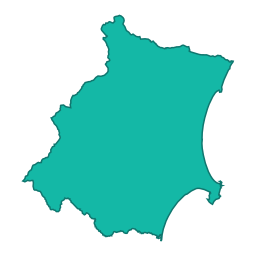 Bang Saphan, Prachuap Khiri Khan, Thailand
{"feature_id": "78962969B53971782347722", "entity_name": "Bang Saphan", "entity_type": "district", "adm_level": 2, "iso_a3": "THA", "parent_name": "Thailand", "parent_adm1": "Prachuap Khiri Khan", "projection": "albers", "projection_center": [99.443, 11.301], "detail": "fine", "context": "isolated", "style": "filled", "palette": "teal", "viewbox_px": 256, "rotation_deg": 0, "n_neighbors": 0, "source": "geoboundaries", "source_scale": "gbopen_adm2", "svg_char_len": 5785}
<svg xmlns="http://www.w3.org/2000/svg" viewBox="0 0 256 256"><path d="M233.2,61.2L231.1,60.9L230.7,62.0L229.8,62.0L228.9,61.5L228.7,60.6L227.8,60.4L227.4,59.9L226.2,59.9L225.1,59.4L223.6,57.8L221.6,57.0L220.7,55.7L218.7,55.6L217.9,55.3L215.3,56.6L214.2,56.6L212.9,55.9L210.8,56.4L206.8,54.9L201.2,54.8L199.0,54.4L191.0,52.0L189.3,51.3L189.2,50.9L189.7,50.5L189.7,50.1L188.7,46.7L187.9,46.9L186.5,46.7L183.5,45.2L182.3,45.3L180.3,46.5L179.3,46.8L176.7,46.9L173.4,47.7L171.9,47.6L170.1,48.2L167.6,47.7L165.9,47.9L165.8,48.5L165.1,48.3L164.7,48.7L161.7,47.6L160.5,47.6L157.6,46.1L157.3,45.5L155.8,44.1L155.9,43.7L154.8,43.0L153.1,41.1L151.4,42.1L150.3,41.4L150.5,40.8L148.3,39.2L145.0,38.8L140.6,39.1L139.8,36.6L138.3,36.9L136.1,36.4L133.0,34.1L131.6,34.8L130.7,34.6L128.8,32.2L126.6,30.7L126.0,29.7L124.9,26.8L123.1,24.3L123.0,23.8L123.9,21.6L124.1,20.5L123.8,18.9L123.0,17.6L121.1,16.0L119.4,15.4L118.2,16.0L115.5,16.5L114.3,17.1L114.0,17.8L114.7,21.5L113.9,22.0L113.4,22.8L112.4,22.9L109.7,21.7L108.6,22.1L107.6,23.2L105.9,23.0L105.3,24.5L104.9,24.8L103.5,24.5L102.5,25.7L101.3,28.7L101.4,29.7L102.0,30.7L105.8,35.1L107.2,36.1L106.9,36.7L106.0,36.9L105.6,37.8L103.5,37.6L103.2,37.9L103.3,39.4L104.5,40.2L105.9,42.2L106.9,44.5L106.9,45.4L107.6,46.1L108.8,49.1L108.8,50.1L108.4,51.6L108.8,54.5L108.1,55.7L107.9,57.7L109.5,59.3L109.7,60.5L109.0,61.1L106.8,61.9L106.3,63.4L105.6,63.9L105.5,64.4L108.1,68.1L108.1,71.4L106.7,73.3L105.2,74.5L104.7,75.2L101.0,76.3L98.0,76.0L95.8,77.5L93.5,80.3L92.0,80.6L90.2,81.6L89.0,81.6L85.1,82.6L84.6,83.5L83.1,85.1L82.9,86.1L82.0,86.7L81.7,88.3L78.8,92.1L77.6,92.8L77.0,94.1L73.9,95.7L73.1,95.4L72.0,97.1L70.8,100.2L70.8,103.1L70.2,104.6L70.7,107.7L65.7,106.7L63.6,105.0L60.8,105.3L60.5,105.8L60.6,107.2L60.1,108.7L60.4,110.1L58.3,111.9L56.1,113.1L55.0,115.9L53.4,116.5L52.3,117.7L51.2,117.9L52.2,120.2L53.5,121.8L54.2,123.7L56.3,125.7L57.5,127.8L57.7,129.0L58.8,130.1L59.0,131.6L59.5,132.9L59.0,134.7L59.8,136.0L60.2,137.4L59.9,138.5L58.7,140.4L55.8,144.0L55.2,144.3L54.2,144.3L54.5,146.1L52.5,146.8L50.8,149.7L50.9,152.1L50.2,152.5L48.9,154.1L48.7,155.6L48.0,157.1L47.2,157.6L46.1,157.5L44.5,158.5L43.0,158.9L41.7,160.3L41.6,161.3L41.2,161.8L41.3,162.5L39.2,162.8L38.3,162.4L36.3,163.6L35.5,164.4L33.1,165.2L32.5,166.2L31.3,169.9L30.5,170.2L28.5,172.2L27.7,175.2L27.2,175.7L25.7,176.2L25.2,177.1L25.2,178.1L24.9,178.6L24.1,179.8L22.8,181.0L24.9,181.8L27.6,180.4L29.8,180.9L32.2,180.4L32.9,180.5L33.4,182.8L33.1,186.3L33.9,189.5L34.8,190.1L36.3,190.0L37.8,190.9L40.3,191.5L41.3,193.1L42.4,195.7L45.0,198.1L45.0,199.1L46.2,200.4L46.1,201.5L47.0,202.5L47.1,204.1L48.5,205.4L49.0,206.7L49.9,207.0L50.2,208.9L51.0,209.7L53.1,209.4L54.2,210.2L55.1,210.2L56.3,211.6L58.4,211.6L59.8,210.1L59.7,208.8L60.5,207.6L60.3,205.0L60.8,204.4L61.7,204.0L61.6,203.5L61.3,203.0L61.4,201.6L61.9,201.0L64.0,199.8L64.3,199.1L65.1,198.6L65.1,198.2L65.5,198.5L66.6,198.6L68.0,198.1L68.3,198.8L69.8,198.8L69.7,199.6L71.2,201.3L71.0,202.0L72.8,203.5L77.6,208.6L79.9,209.1L79.5,209.5L79.7,209.9L82.1,211.2L82.5,213.4L83.0,213.5L84.3,214.8L85.4,214.3L86.4,212.9L86.7,212.8L87.9,213.4L89.6,214.9L89.9,216.5L91.9,218.5L92.6,218.4L93.2,218.9L95.0,218.6L95.3,219.1L95.0,219.4L95.4,219.8L95.0,220.3L95.3,221.0L94.6,221.2L94.6,222.0L94.2,222.9L94.5,224.1L95.2,225.3L95.0,225.8L95.4,226.2L95.3,226.8L95.9,226.9L96.4,227.5L96.4,228.5L98.5,229.9L98.7,231.0L100.0,231.5L100.4,231.2L100.7,232.4L102.5,233.6L102.8,234.2L102.8,234.9L104.0,235.1L104.3,235.8L104.8,235.7L105.2,236.0L105.7,235.9L105.8,236.5L107.3,236.4L108.3,236.0L109.6,236.1L110.5,235.4L111.0,235.7L111.7,235.7L111.6,235.1L112.7,233.9L113.9,231.7L114.3,231.6L115.5,231.9L116.0,232.3L116.7,232.3L119.3,231.5L119.9,231.6L120.6,230.8L121.9,231.3L123.0,231.3L124.1,232.8L125.6,233.3L126.9,233.3L127.3,233.0L127.9,231.6L129.0,230.3L129.8,230.2L130.1,229.7L131.1,229.8L131.8,228.8L132.7,228.5L135.3,229.1L135.5,229.7L135.6,229.8L135.8,229.7L136.6,230.3L138.0,232.0L138.3,231.9L138.4,231.6L138.6,231.8L138.9,231.3L139.4,231.3L139.5,231.6L140.3,232.2L140.2,232.6L140.6,232.5L141.3,233.5L142.1,233.1L142.6,233.4L142.8,233.2L143.2,233.4L144.1,232.6L144.9,232.4L147.2,233.1L147.4,232.9L147.7,233.1L148.6,232.5L149.3,232.5L149.7,233.0L150.9,233.4L151.2,233.1L151.9,233.6L152.4,234.5L154.0,234.4L155.9,235.3L156.8,235.4L157.0,236.2L156.7,237.8L158.2,238.2L158.5,238.5L159.1,238.3L159.0,237.7L158.2,237.7L158.1,236.6L159.6,236.2L159.7,235.9L159.4,235.5L159.8,235.0L161.0,234.6L161.4,236.5L160.6,237.7L161.1,238.9L160.8,240.5L161.2,240.6L161.6,240.0L162.1,234.8L163.3,229.0L166.0,221.1L168.2,216.5L172.3,209.3L177.7,202.0L184.1,195.6L186.0,194.2L186.6,194.3L187.0,194.1L191.4,190.9L196.1,188.6L197.9,188.3L199.7,188.4L204.3,189.5L210.3,192.2L210.5,192.9L209.9,192.9L209.6,193.2L209.8,194.0L209.1,195.7L209.4,197.0L209.4,199.1L208.9,199.6L208.0,199.4L208.1,199.9L207.7,199.7L209.2,202.0L210.9,203.4L212.5,204.3L214.1,201.1L214.5,200.9L215.7,199.5L219.0,198.4L219.7,196.8L220.5,196.5L220.5,196.0L219.7,195.6L219.6,195.2L219.3,195.4L218.9,195.1L218.8,194.5L220.3,188.7L220.6,188.1L221.2,187.8L220.9,187.4L221.0,186.6L220.5,186.5L220.5,186.0L221.0,185.4L221.6,185.9L222.4,185.6L221.3,185.4L221.4,184.2L221.2,184.9L220.7,185.0L220.2,184.7L219.7,183.5L218.7,183.5L216.6,182.7L214.4,181.0L212.4,178.7L210.7,176.1L208.4,171.7L205.3,163.1L203.3,154.9L202.2,148.2L201.9,143.3L202.2,139.8L201.8,140.0L202.0,139.8L202.2,132.9L203.2,125.0L204.7,118.0L207.4,108.8L209.1,104.2L212.7,96.7L215.2,92.9L216.8,91.3L219.0,90.2L219.2,90.9L219.9,91.8L219.8,92.2L221.4,91.9L222.0,89.4L221.6,86.9L224.0,79.7L228.3,70.3L229.2,69.1L229.8,68.8L230.1,66.4L231.6,63.8L232.8,62.3L233.2,61.2ZM220.4,181.1L220.2,181.2L220.4,181.6L220.0,181.6L220.5,181.9L221.3,183.4L221.8,182.7L221.5,182.0L221.0,181.9L220.4,181.1Z" fill="#14b8a6" stroke="#0f766e" stroke-width="1.5"/></svg>